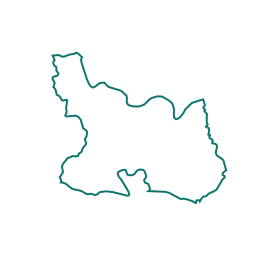 the border of Aberdeenshire, rotated 72°
{"feature_id": "GBR-2013", "entity_name": "Aberdeenshire", "entity_type": "Unitary District", "adm_level": 1, "iso_a3": "GBR", "parent_name": "United Kingdom", "parent_adm1": "", "projection": "mercator", "projection_center": [-2.632, 57.223], "detail": "fine", "context": "isolated", "style": "outline", "palette": "teal", "viewbox_px": 256, "rotation_deg": 72, "n_neighbors": 0, "source": "natural_earth", "source_scale": "10m", "svg_char_len": 2949}
<svg xmlns="http://www.w3.org/2000/svg" viewBox="0 0 256 256"><g transform="rotate(72 128 128)"><path d="M124.1,47.7L129.8,47.7L130.4,48.1L131.3,49.7L132.2,50.1L133.3,49.8L134.0,49.2L134.7,49.1L135.7,50.1L138.8,48.6L146.5,51.3L149.4,51.2L150.8,53.5L151.5,53.2L152.2,51.9L153.3,51.2L155.0,51.4L159.2,53.6L159.9,52.3L160.6,52.5L161.4,53.3L162.4,53.6L163.4,53.0L165.0,51.5L165.8,51.2L167.6,52.3L168.6,52.6L169.1,51.7L169.4,50.8L170.1,49.9L170.9,49.2L171.7,48.9L173.6,49.2L177.6,51.7L179.4,52.3L181.8,51.8L187.2,47.7L188.6,47.3L198.6,47.7L198.7,48.3L199.3,49.8L200.0,51.4L200.8,52.3L201.9,52.5L203.4,51.1L204.5,51.2L205.2,51.9L206.2,54.1L213.9,62.8L214.7,65.7L215.0,68.8L215.5,71.8L216.9,74.5L216.9,75.5L216.5,77.6L217.5,79.5L220.1,82.4L218.8,82.6L218.2,83.8L218.2,85.3L219.1,86.0L220.2,86.4L219.6,87.5L217.5,89.3L213.8,94.4L212.2,97.4L212.0,99.7L202.6,108.7L200.2,112.3L194.4,127.9L194.0,126.6L193.8,126.4L192.2,125.9L190.2,125.9L189.2,125.9L187.9,125.9L187.0,126.4L186.1,127.7L185.1,128.8L183.9,128.8L182.6,128.8L181.2,127.0L179.7,125.6L177.6,125.5L174.2,125.6L172.7,126.4L171.8,128.0L171.3,129.1L171.0,130.7L171.4,133.1L172.6,134.3L173.6,135.8L174.2,138.3L173.5,140.9L172.2,143.0L169.4,143.1L167.2,143.1L166.6,144.3L166.3,146.4L166.5,149.1L167.0,151.0L168.2,151.9L169.5,151.9L171.7,151.8L174.2,150.6L176.8,150.0L179.9,149.2L182.5,148.6L186.5,147.7L189.0,147.2L191.7,147.4L192.3,148.2L192.5,148.9L192.5,149.0L184.3,162.2L181.5,168.2L180.3,174.2L180.6,175.6L181.1,176.6L181.6,177.8L181.6,179.9L181.1,180.8L179.4,183.0L179.1,183.8L178.5,186.8L177.2,188.7L174.1,191.2L171.7,194.6L169.5,198.6L168.0,200.3L163.0,203.6L161.4,204.9L159.8,206.9L159.0,208.7L158.0,207.8L156.2,207.8L153.7,208.1L150.0,203.5L144.6,202.8L142.3,201.3L137.9,194.6L138.0,192.4L137.5,189.4L139.0,186.1L139.2,184.1L137.3,182.8L136.3,179.5L132.7,176.8L131.2,173.9L129.7,172.5L125.3,172.5L123.2,170.1L119.4,168.2L117.5,168.5L114.4,170.7L105.5,170.4L102.5,171.6L100.8,173.1L99.9,174.7L98.1,182.7L96.9,183.8L93.4,181.2L90.0,180.8L83.0,177.3L82.2,177.8L81.9,181.2L81.3,182.2L76.6,183.3L74.3,185.5L72.1,185.3L68.7,185.1L66.1,186.3L62.3,183.8L58.1,184.6L57.0,184.1L56.3,183.3L56.3,178.7L54.6,177.3L51.3,178.4L47.9,177.3L45.6,178.9L43.7,179.1L42.0,178.5L40.6,176.8L35.8,177.3L37.1,171.6L39.6,168.7L40.4,167.1L40.1,161.0L40.9,155.6L40.4,154.6L41.2,152.8L46.4,149.8L48.4,151.5L51.8,152.0L57.9,152.0L64.5,152.0L69.2,152.0L73.4,151.5L76.6,150.8L78.6,149.1L78.6,146.9L77.7,144.2L77.0,142.5L76.6,141.0L76.9,138.5L77.8,136.3L80.1,135.4L82.5,134.1L84.6,131.4L86.7,128.5L88.6,125.5L90.7,122.9L94.8,120.6L96.8,119.4L99.5,119.9L101.9,120.9L103.8,121.1L105.2,121.1L107.0,119.7L109.2,116.0L110.9,111.0L110.9,107.8L110.6,104.9L109.0,101.7L107.4,98.7L106.8,95.8L106.9,90.6L108.6,85.9L113.7,81.2L117.7,78.5L121.1,78.2L125.1,78.5L128.4,80.0L132.1,80.9L134.4,79.7L134.5,77.0L133.2,74.0L130.6,70.3L127.8,67.6L123.9,59.4L123.9,53.2L124.0,49.0L124.1,47.7Z" fill="none" stroke="#0f766e" stroke-width="2"/></g></svg>